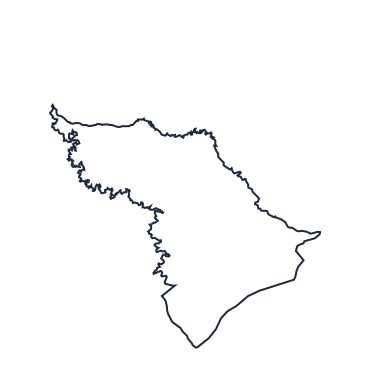 Pedro Gomes, Mato Grosso do Sul, Brazil (orthographic projection), rotated 243°
{"feature_id": "56859067B1353449899001", "entity_name": "Pedro Gomes", "entity_type": "district", "adm_level": 2, "iso_a3": "BRA", "parent_name": "Brazil", "parent_adm1": "Mato Grosso do Sul", "projection": "orthographic", "projection_center": [-54.213, -17.957], "detail": "fine", "context": "isolated", "style": "outline", "palette": "slate", "viewbox_px": 384, "rotation_deg": 243, "n_neighbors": 0, "source": "geoboundaries", "source_scale": "gbopen_adm2", "svg_char_len": 6098}
<svg xmlns="http://www.w3.org/2000/svg" viewBox="0 0 384 384"><g transform="rotate(243 192 192)"><path d="M279.4,179.9L281.2,176.7L279.9,176.2L280.5,174.6L278.6,169.6L279.4,168.0L279.2,165.9L282.4,159.5L282.6,157.3L284.1,154.9L288.1,151.0L289.3,148.7L290.3,148.0L292.5,143.3L292.5,142.2L293.5,141.8L295.6,138.5L295.3,136.2L296.0,135.6L296.3,133.2L297.6,130.1L300.0,127.8L301.2,124.9L303.7,123.6L305.4,121.7L307.3,116.2L308.7,114.7L309.9,114.6L310.6,113.3L316.4,111.3L319.2,109.7L321.0,107.3L322.9,106.8L326.9,108.6L328.8,107.5L332.8,107.4L332.1,106.1L329.9,106.3L328.8,105.6L327.3,103.1L327.3,101.8L326.3,101.2L323.3,102.3L322.3,102.4L321.8,101.6L320.7,102.0L319.4,102.8L317.9,105.0L316.1,103.2L315.8,101.9L314.9,101.3L315.0,100.3L316.1,99.9L316.3,98.9L315.1,98.7L313.7,96.9L312.6,97.3L312.3,98.2L310.2,97.8L308.6,98.7L308.3,100.9L304.6,100.5L303.1,102.1L302.6,103.3L301.5,103.8L299.9,102.8L296.8,102.3L296.4,101.2L295.6,101.1L295.1,103.4L292.4,104.7L291.8,107.0L295.3,107.5L295.7,106.7L299.5,108.9L299.6,109.9L297.4,112.0L300.1,112.7L301.2,113.6L298.5,114.1L298.5,115.1L297.0,116.1L294.9,115.2L295.5,113.2L294.8,112.5L293.8,109.0L292.6,108.9L291.6,109.7L291.5,111.6L290.2,112.2L290.2,113.5L289.4,114.0L286.5,113.7L286.7,110.8L288.6,111.1L289.0,110.1L288.7,107.6L284.2,108.4L283.7,107.8L281.6,107.2L282.3,106.6L285.4,107.1L286.0,106.4L286.4,105.4L286.2,104.4L284.7,104.7L283.7,103.9L284.7,103.5L285.8,101.4L285.0,100.8L281.0,101.2L281.6,100.2L280.2,98.6L279.2,98.5L278.6,99.1L277.8,98.3L277.7,96.1L275.9,96.6L276.3,97.5L275.6,98.6L275.7,99.5L273.6,100.2L273.4,98.8L271.2,98.7L271.6,97.9L270.7,97.0L268.7,97.1L268.1,98.1L268.7,98.8L267.2,99.8L268.0,100.7L266.3,101.9L265.2,103.5L267.7,103.9L269.1,106.9L268.3,107.1L266.9,106.3L262.8,106.8L260.6,106.0L261.5,105.4L261.6,103.4L260.5,102.5L262.2,101.5L261.2,99.3L260.1,99.5L259.1,100.8L258.0,100.5L257.3,98.4L256.0,98.1L255.1,99.1L253.8,99.2L252.6,96.9L251.8,97.3L251.8,99.4L250.6,100.3L250.1,101.4L250.5,102.4L249.4,103.5L250.0,104.5L249.2,105.4L247.6,104.3L248.6,101.4L247.5,100.6L246.5,101.4L245.6,100.7L244.5,100.9L243.8,102.6L242.5,101.9L242.6,103.5L243.7,105.2L241.7,104.6L240.0,105.5L238.6,105.0L238.0,104.2L237.4,104.9L237.8,106.6L240.8,108.8L241.8,110.6L240.2,111.8L240.7,113.1L238.6,113.1L237.9,112.5L238.7,112.1L239.0,111.0L236.5,110.2L235.6,110.8L232.0,110.7L231.0,114.0L231.2,114.9L232.0,114.7L233.3,115.6L232.8,117.0L233.8,118.7L232.7,118.7L232.2,119.6L230.9,120.1L231.2,121.1L228.9,120.9L227.0,118.7L226.5,119.5L225.6,119.3L224.5,116.7L222.8,116.6L222.6,120.6L224.2,121.0L223.7,121.6L225.0,123.1L224.2,123.7L225.3,124.8L224.9,125.9L225.9,128.0L226.0,129.1L223.4,128.3L222.2,128.7L222.5,132.0L221.7,133.0L222.7,134.1L224.4,134.6L223.9,135.6L222.9,135.8L222.3,136.9L221.1,136.9L220.8,135.5L217.4,134.4L216.7,133.2L214.1,133.9L212.6,133.4L212.3,134.4L210.5,134.7L209.0,134.4L208.9,135.8L206.5,138.5L204.4,138.6L204.0,140.3L205.8,141.8L205.3,142.9L203.4,142.8L200.7,141.0L200.3,142.2L199.1,142.8L198.9,145.2L197.8,145.4L198.1,148.5L196.6,146.5L195.7,146.3L194.0,148.9L193.9,152.7L192.2,153.6L190.6,155.5L188.6,155.2L189.9,152.8L192.0,150.7L191.3,149.8L189.4,149.2L186.6,149.1L186.3,147.7L185.1,147.3L182.0,148.5L181.4,145.3L182.0,144.1L181.9,142.3L181.4,141.1L182.1,139.6L179.4,139.8L177.6,138.7L176.7,135.0L175.6,135.5L174.5,134.7L172.7,136.7L171.8,136.6L171.0,135.4L169.0,135.5L167.8,138.1L163.5,140.7L163.2,142.2L162.0,142.0L161.4,140.1L161.3,139.2L162.3,137.2L162.2,135.2L161.7,134.4L158.9,135.5L157.4,136.8L157.2,134.7L155.5,133.2L154.4,133.5L153.9,137.5L152.6,138.5L151.7,141.0L148.5,141.3L147.1,142.8L145.8,143.2L145.0,142.5L146.5,139.7L148.5,139.6L149.2,137.9L146.8,134.3L144.0,135.5L142.8,135.5L141.8,134.4L141.5,131.8L143.5,129.9L142.8,129.2L139.9,129.4L140.3,126.4L138.9,125.6L138.7,123.6L137.4,120.9L136.5,120.7L135.9,128.1L134.9,128.8L133.1,128.5L131.5,126.6L130.5,126.8L129.1,130.8L127.6,130.9L124.2,126.8L122.5,126.4L116.9,132.8L116.4,134.1L113.0,117.9L109.1,118.9L106.5,118.9L101.8,117.8L97.7,116.0L93.8,115.3L85.1,115.4L75.8,120.1L71.8,120.3L66.3,122.2L62.5,121.9L56.8,123.3L55.7,123.0L52.6,124.2L51.6,124.9L51.2,126.3L54.2,140.8L59.0,151.2L66.1,160.2L69.2,168.3L69.7,170.3L70.3,179.8L73.8,194.6L73.4,207.5L67.6,242.8L68.9,245.1L74.2,249.3L77.2,252.8L80.5,260.4L92.3,257.8L96.1,261.3L96.1,265.7L95.7,266.9L95.9,268.4L97.1,269.7L95.0,280.4L95.9,284.8L96.9,287.2L98.2,287.9L99.5,285.7L100.9,278.9L104.3,276.3L107.2,272.8L108.5,269.4L109.8,267.8L114.5,265.2L115.9,262.9L117.4,261.6L122.9,261.4L127.5,258.8L131.4,255.0L132.4,255.1L132.4,253.6L133.2,252.9L137.4,250.0L141.1,250.2L144.0,245.1L146.1,245.3L147.1,243.6L150.1,244.5L152.7,242.6L153.8,243.5L153.5,246.4L155.9,248.8L164.8,246.1L167.2,246.7L170.4,244.2L173.2,245.4L177.2,245.1L179.3,245.6L179.8,244.8L179.5,243.2L180.2,242.4L183.6,242.3L185.0,240.4L186.1,240.1L186.9,244.1L188.0,244.1L188.5,243.3L189.3,238.3L190.0,237.8L193.1,237.5L195.2,238.1L194.9,236.0L200.7,232.6L201.6,232.4L203.7,233.6L210.8,231.4L212.4,231.6L214.0,232.8L217.0,232.3L223.2,232.8L222.1,234.5L224.5,234.6L226.5,235.9L228.5,236.0L230.0,234.6L230.9,234.6L230.9,236.1L232.3,235.1L231.6,234.0L232.4,233.6L235.5,236.1L236.3,236.0L235.9,235.1L236.3,234.0L237.9,232.2L236.9,231.4L237.0,230.3L237.9,230.3L239.9,231.8L241.9,231.4L242.1,229.9L241.4,229.1L243.1,227.3L242.4,226.7L241.9,227.5L240.9,227.8L240.5,226.5L241.5,224.4L242.6,224.1L242.5,223.0L243.5,223.3L243.9,221.9L245.1,222.1L246.7,223.9L247.0,223.1L244.9,220.3L244.9,218.9L243.6,218.6L243.1,217.7L243.8,217.0L246.0,218.1L245.6,217.0L246.3,215.7L245.2,213.9L246.0,212.4L246.0,209.8L245.0,209.7L244.4,208.7L248.3,206.8L248.4,202.5L249.3,201.7L250.6,202.7L251.0,200.9L251.9,199.9L251.4,198.6L253.7,196.7L255.5,196.4L254.3,193.9L256.8,191.0L260.4,190.7L263.5,189.3L264.1,188.8L264.1,187.7L265.0,188.1L266.7,187.1L267.6,187.7L268.5,186.1L269.5,187.7L270.1,187.2L270.0,185.8L270.8,185.3L272.1,187.2L273.0,187.3L273.8,186.8L273.2,185.1L274.4,185.4L278.3,181.7L279.1,182.3L279.4,179.9ZM188.6,155.2L188.5,156.3L186.8,156.9L186.7,156.0L188.6,155.2ZM231.2,121.1L231.4,122.1L230.3,122.0L231.2,121.1Z" fill="none" stroke="#1e293b" stroke-width="2"/></g></svg>